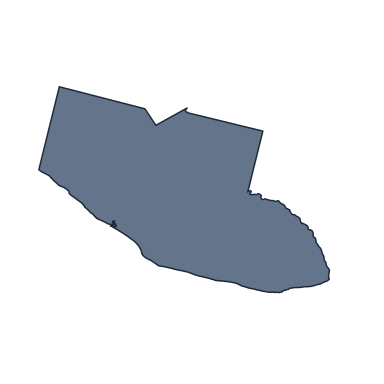 outline of Adolfo Alsina, Río Negro, Argentina, rotated 14°
{"feature_id": "61730980B95988601788876", "entity_name": "Adolfo Alsina", "entity_type": "district", "adm_level": 2, "iso_a3": "ARG", "parent_name": "Argentina", "parent_adm1": "Río Negro", "projection": "robinson", "projection_center": [-63.547, -40.776], "detail": "fine", "context": "isolated", "style": "filled", "palette": "slate", "viewbox_px": 384, "rotation_deg": 14, "n_neighbors": 0, "source": "geoboundaries", "source_scale": "gbopen_adm2", "svg_char_len": 5990}
<svg xmlns="http://www.w3.org/2000/svg" viewBox="0 0 384 384"><g transform="rotate(14 192 192)"><path d="M37.8,122.0L38.0,207.4L38.8,207.8L41.5,208.8L41.9,209.0L43.0,209.1L47.1,210.1L48.1,210.3L50.0,211.0L51.3,211.9L51.9,212.4L52.4,212.7L52.8,212.8L53.6,213.1L54.0,213.8L54.8,214.3L55.0,214.4L55.5,214.4L56.0,214.7L56.3,215.1L58.1,215.9L58.5,216.2L59.0,216.4L59.9,216.9L60.7,217.2L61.0,217.7L61.2,217.8L61.7,217.8L62.7,218.1L63.3,218.1L64.7,218.3L65.4,218.5L66.7,218.5L67.4,218.9L67.7,218.9L68.2,219.2L69.0,219.3L69.6,219.7L70.3,219.9L70.8,220.2L71.3,220.4L71.7,220.7L72.6,221.2L72.8,221.5L72.9,222.6L73.2,223.0L73.4,223.3L76.1,224.7L77.5,225.2L78.1,225.3L79.0,225.8L79.9,226.1L80.2,226.4L81.6,226.8L82.7,227.4L84.2,227.9L84.9,228.1L85.5,228.5L87.6,229.3L88.0,229.6L88.6,230.0L88.8,230.0L88.9,230.3L89.4,230.5L89.7,230.7L89.9,231.0L90.4,231.1L90.9,231.5L91.1,232.1L91.6,232.7L92.0,232.7L92.3,232.9L92.8,233.1L93.1,233.3L93.6,233.7L93.7,233.8L94.1,233.8L94.8,234.1L95.1,234.3L96.2,235.1L97.0,235.4L98.3,236.5L99.6,237.0L100.9,237.3L101.2,237.6L101.8,237.7L102.0,237.9L102.1,238.2L103.0,238.9L103.9,239.2L104.1,239.3L105.4,239.9L105.6,240.2L105.3,240.3L105.6,240.5L106.4,240.8L107.4,240.8L107.8,241.0L108.5,241.3L110.5,241.3L110.9,241.5L111.4,241.6L111.7,241.8L113.1,241.9L114.5,242.3L115.1,242.3L117.1,243.0L118.0,243.2L121.6,243.2L122.0,243.0L122.6,243.0L123.2,242.7L123.6,242.5L124.3,242.3L124.3,242.0L123.0,241.3L122.4,241.0L122.1,240.5L122.1,240.0L122.9,239.2L123.6,238.7L123.8,238.8L123.8,239.1L122.9,239.6L122.9,239.9L123.2,240.1L123.2,240.5L123.5,240.6L124.0,240.6L124.3,240.6L124.4,240.9L124.7,241.2L125.4,241.5L125.8,242.1L125.8,242.4L126.1,242.9L126.6,242.8L126.7,243.4L126.8,243.6L126.7,244.0L125.2,244.0L124.2,243.6L123.7,243.6L122.4,243.9L121.8,244.3L121.3,244.4L121.2,244.7L122.4,244.8L123.4,245.1L125.8,245.8L126.5,246.0L127.4,246.2L128.9,246.7L131.6,247.6L134.8,248.6L139.5,250.3L141.3,251.0L141.6,251.1L143.1,251.8L147.7,253.6L149.0,254.3L151.9,256.2L153.8,257.6L154.5,258.4L154.8,258.9L155.9,259.9L156.7,261.0L157.1,261.3L157.3,261.8L157.7,262.8L157.9,263.1L158.0,263.5L158.1,263.9L158.8,264.4L159.0,264.7L159.5,265.1L159.9,265.5L160.2,265.6L160.6,265.9L161.0,266.1L161.3,266.2L162.5,266.9L164.3,267.3L166.5,268.0L167.6,268.1L168.4,268.1L169.2,268.5L169.7,268.6L170.2,268.9L170.6,269.1L172.1,269.6L173.0,269.9L173.3,270.1L174.4,270.4L175.0,270.8L175.7,271.0L176.1,271.3L176.5,271.4L177.4,271.5L178.5,271.7L180.4,271.4L183.3,271.1L184.8,271.2L186.2,271.0L187.0,271.1L191.7,271.0L193.7,271.2L195.4,271.0L195.9,271.1L196.8,271.0L199.7,271.0L200.7,270.8L204.7,270.8L205.5,270.7L209.1,270.9L211.2,271.1L211.8,271.3L212.2,271.3L213.8,271.5L217.8,271.8L221.7,271.7L224.1,271.8L225.1,271.7L227.2,271.7L228.9,271.6L230.7,271.7L231.7,271.9L232.8,271.8L233.1,271.7L233.6,271.7L234.5,271.9L236.1,272.1L238.3,271.8L238.7,271.6L239.4,271.7L240.1,271.5L240.9,271.5L242.9,271.0L245.3,270.7L246.3,270.7L247.0,270.5L249.2,270.2L255.9,269.8L259.1,270.1L259.5,270.4L260.3,270.5L261.0,270.6L261.9,270.8L262.5,271.1L267.0,271.2L268.4,271.2L269.1,271.4L269.7,271.3L270.0,271.4L271.5,271.5L274.3,271.2L277.3,271.2L278.3,271.3L280.1,271.2L281.2,271.1L282.0,271.2L283.0,271.1L283.3,271.2L284.0,271.0L284.3,271.1L284.5,271.0L285.1,271.1L285.3,271.0L285.9,271.1L286.3,270.9L290.6,270.7L291.7,270.3L292.7,270.3L293.0,270.2L293.3,270.0L294.2,269.8L294.6,269.5L294.9,269.4L295.3,269.4L296.2,269.6L296.4,269.6L296.6,269.5L296.6,269.2L296.9,269.2L297.1,269.2L297.6,269.0L298.4,268.8L300.0,268.7L301.3,268.3L301.7,268.0L302.4,267.7L303.0,267.5L303.3,267.2L303.9,266.7L304.5,265.6L305.9,265.0L306.2,264.6L307.0,264.2L308.2,263.6L308.6,263.5L309.3,262.9L309.4,262.7L309.7,262.2L310.3,261.8L311.6,261.2L315.3,259.7L318.5,258.9L319.3,258.6L321.4,257.9L323.6,256.9L325.9,256.2L326.9,256.0L330.0,254.9L333.0,253.4L334.6,252.3L336.1,251.5L336.8,251.1L337.6,250.9L338.9,250.1L339.3,249.6L340.9,248.5L341.5,247.7L341.9,247.5L344.5,245.8L345.5,244.6L345.6,244.1L345.9,243.9L345.8,243.7L346.2,243.5L345.8,242.9L344.8,240.1L344.6,238.5L344.5,237.2L344.5,236.1L344.4,235.5L344.2,234.7L343.5,233.8L343.0,233.2L341.4,232.0L340.9,231.6L340.0,230.4L339.3,228.8L338.8,227.8L338.1,227.2L336.8,226.1L336.5,225.4L335.8,223.3L335.4,222.5L335.2,222.2L333.6,220.5L333.3,220.1L331.7,217.3L331.2,216.5L329.5,214.9L327.8,213.9L327.4,213.5L327.1,212.9L326.4,212.3L325.8,211.8L324.9,211.3L324.4,210.5L323.9,208.8L323.7,208.4L323.1,207.3L322.7,206.9L322.5,206.7L321.1,206.2L320.7,206.0L320.4,205.7L320.1,204.9L319.7,203.1L319.5,202.5L318.9,201.6L317.8,200.6L317.4,200.4L316.2,200.1L314.9,200.2L314.2,200.2L313.6,199.6L313.2,198.2L312.9,197.8L312.2,197.1L311.1,196.5L307.4,195.7L307.0,195.6L305.8,195.8L305.4,195.7L305.1,195.4L304.6,194.4L303.8,193.1L303.3,191.9L302.6,191.3L301.0,190.6L299.7,190.3L298.6,190.0L298.3,189.7L297.8,189.5L296.8,189.3L296.2,189.5L295.6,189.6L294.2,189.2L293.1,188.5L292.7,188.2L291.8,187.0L291.3,185.9L290.9,185.7L290.0,185.7L289.1,185.2L287.9,185.1L286.9,184.7L286.6,184.5L286.1,183.8L285.1,182.9L285.0,182.7L284.7,182.5L284.2,182.3L283.4,182.0L283.1,181.8L282.5,181.9L281.6,181.7L281.2,181.7L280.1,181.1L278.0,179.6L277.4,179.7L276.0,180.8L275.7,180.9L274.9,180.8L274.1,181.0L273.8,181.0L273.4,180.9L273.0,180.8L272.3,180.8L269.7,181.3L268.0,181.1L266.3,181.2L264.6,180.9L264.2,181.1L263.4,181.8L262.7,182.1L262.3,182.2L261.8,182.1L261.3,181.9L260.4,181.1L260.1,180.7L260.0,180.4L260.0,180.1L260.3,179.2L260.2,179.0L260.1,178.8L259.1,178.1L257.9,177.6L257.1,177.5L256.4,177.8L256.1,178.0L255.7,178.6L255.0,179.1L254.4,179.1L253.9,179.0L253.4,179.1L252.1,179.5L249.5,180.5L248.9,180.4L248.7,180.3L248.5,179.6L248.8,178.9L249.2,178.4L249.3,178.0L249.4,177.6L249.3,177.3L249.2,177.0L248.9,176.8L248.5,176.7L248.2,176.6L248.0,176.9L247.5,177.1L246.8,177.7L246.1,178.2L246.0,115.8L169.1,116.2L168.3,115.7L167.1,115.8L166.7,115.6L166.2,115.2L165.8,114.4L165.8,114.2L166.1,113.6L166.7,112.6L166.8,112.2L166.7,111.9L140.8,136.0L126.2,122.7L37.8,122.0Z" fill="#64748b" stroke="#1e293b" stroke-width="1.5"/></g></svg>